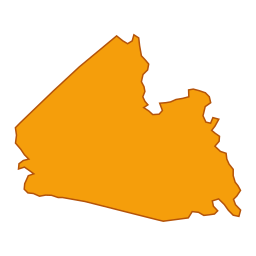 outline of Iomerê, Santa Catarina, Brazil
{"feature_id": "56859067B7415267363255", "entity_name": "Iomerê", "entity_type": "district", "adm_level": 2, "iso_a3": "BRA", "parent_name": "Brazil", "parent_adm1": "Santa Catarina", "projection": "robinson", "projection_center": [-51.259, -26.979], "detail": "fine", "context": "isolated", "style": "filled", "palette": "amber", "viewbox_px": 256, "rotation_deg": 0, "n_neighbors": 0, "source": "geoboundaries", "source_scale": "gbopen_adm2", "svg_char_len": 1327}
<svg xmlns="http://www.w3.org/2000/svg" viewBox="0 0 256 256"><path d="M16.5,135.2L15.5,143.1L20.8,149.3L24.4,154.7L28.8,159.1L23.3,160.5L19.0,163.7L18.5,169.0L24.4,167.1L28.6,170.0L33.8,173.8L28.3,175.7L24.7,183.7L24.2,189.2L27.9,192.9L33.4,193.5L39.5,196.2L45.6,195.1L51.6,195.3L58.1,197.5L62.5,197.5L85.0,201.5L147.1,217.2L156.7,219.6L163.3,221.2L188.3,217.9L192.2,211.6L198.5,212.3L203.8,215.4L209.2,214.8L214.5,214.0L217.7,210.8L213.4,206.2L212.3,200.9L218.6,198.9L224.3,204.5L228.4,210.3L233.2,215.2L238.9,216.4L240.6,210.1L235.5,204.7L233.5,199.3L236.8,196.0L240.5,190.4L238.0,185.8L235.1,182.1L233.2,175.7L233.2,169.3L229.1,164.2L226.8,159.1L226.1,153.3L220.4,151.4L214.9,146.2L219.1,141.3L219.5,136.3L215.2,133.3L211.7,130.4L215.0,126.1L218.8,119.2L212.9,117.6L210.6,123.2L205.9,122.1L203.0,115.8L205.2,106.6L210.7,102.7L209.3,96.8L205.4,92.8L199.3,90.7L193.3,89.1L188.6,89.9L188.8,96.8L182.6,98.4L176.0,99.5L170.6,101.9L165.8,102.7L159.7,103.2L162.4,110.5L159.1,114.2L152.8,114.6L148.8,111.0L143.7,107.6L147.9,104.8L144.9,101.3L142.8,96.8L144.9,91.5L144.0,86.7L141.4,81.7L143.0,74.5L147.6,69.9L148.7,64.1L145.5,60.2L141.4,55.8L139.6,45.7L138.7,37.9L133.9,34.8L132.2,40.9L127.6,43.7L122.9,40.9L116.6,35.9L79.5,66.7L53.3,91.0L20.1,122.9L15.4,127.7L16.5,135.2Z" fill="#f59e0b" stroke="#b45309" stroke-width="1.5"/></svg>